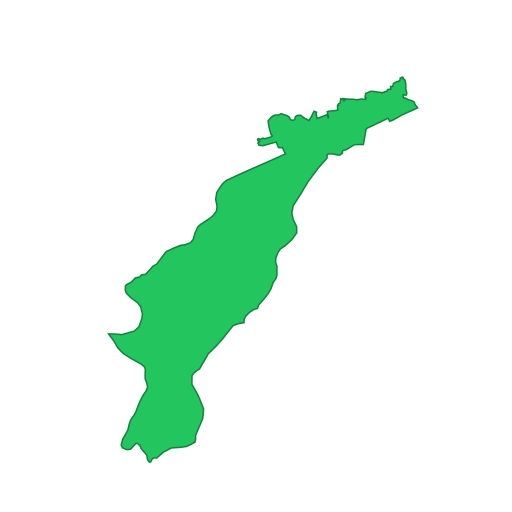 the district of Kapuas, Kalimantan Tengah, Indonesia, rotated 224°
{"feature_id": "22746128B40136746216216", "entity_name": "Kapuas", "entity_type": "district", "adm_level": 2, "iso_a3": "IDN", "parent_name": "Indonesia", "parent_adm1": "Kalimantan Tengah", "projection": "orthographic", "projection_center": [114.299, -1.918], "detail": "fine", "context": "isolated", "style": "filled", "palette": "green", "viewbox_px": 512, "rotation_deg": 224, "n_neighbors": 0, "source": "geoboundaries", "source_scale": "gbopen_adm2", "svg_char_len": 5878}
<svg xmlns="http://www.w3.org/2000/svg" viewBox="0 0 512 512"><g transform="rotate(224 256 256)"><path d="M341.2,361.6L336.3,357.8L332.3,355.4L329.5,353.8L327.1,353.8L327.3,353.7L327.6,353.2L327.8,352.9L328.0,352.0L328.4,351.1L329.2,350.0L329.4,349.5L330.0,348.5L330.3,348.2L330.5,347.7L330.5,347.4L330.8,346.9L331.6,346.3L332.6,345.8L332.8,345.6L333.1,345.2L333.3,344.2L333.6,343.4L333.8,343.0L334.1,342.8L335.2,342.6L335.7,342.2L336.0,341.6L336.0,341.3L335.9,341.1L335.6,340.8L334.6,340.3L334.2,340.4L333.8,340.9L333.6,341.1L333.3,341.1L333.1,341.0L333.1,340.8L333.0,339.6L332.9,339.3L332.9,339.0L333.1,338.6L330.8,337.7L327.8,340.0L320.6,352.0L316.9,350.4L315.1,349.6L312.7,351.8L312.3,352.4L309.2,351.1L305.6,349.9L306.9,347.1L307.7,344.9L324.7,303.1L329.8,289.9L330.2,285.5L330.0,282.9L329.3,279.0L328.3,274.2L326.7,272.1L324.4,268.8L318.4,264.6L315.6,260.7L315.5,259.4L315.0,255.6L315.2,252.2L317.3,242.5L317.9,240.2L318.1,236.6L315.7,230.0L315.4,229.3L312.7,224.3L312.4,220.2L314.7,215.0L317.6,211.4L320.5,205.0L323.7,196.7L322.5,187.2L322.3,184.8L321.8,182.4L322.0,180.3L323.0,177.3L322.7,166.1L325.2,163.1L325.1,160.1L327.6,156.5L327.6,150.2L329.2,145.9L329.1,143.5L327.5,142.1L326.6,140.8L324.3,139.5L321.4,139.1L316.6,139.1L308.5,140.1L303.6,139.3L297.4,135.4L294.6,131.6L291.1,124.0L291.4,117.1L292.4,115.8L297.8,106.3L303.5,101.7L307.9,97.5L298.8,96.0L291.5,93.9L286.3,93.7L283.5,93.8L280.4,94.3L277.1,95.0L274.1,95.6L271.1,96.5L268.2,97.2L263.3,98.5L259.7,98.8L257.0,97.7L255.4,95.9L252.8,93.0L250.3,90.6L246.2,88.7L242.9,86.3L241.3,82.6L241.0,80.7L240.7,78.2L239.7,74.7L238.9,72.2L237.8,69.0L234.8,61.8L234.1,60.4L233.7,58.7L233.2,56.9L232.4,51.8L231.9,50.1L230.6,47.3L227.2,41.6L224.6,31.5L221.5,26.2L218.8,25.3L214.3,27.0L212.0,29.9L212.2,37.8L210.9,38.9L208.9,38.8L208.2,39.3L207.1,38.8L207.0,38.5L206.2,38.5L205.6,37.8L196.9,36.9L195.3,36.3L192.4,34.0L189.3,33.7L188.7,34.7L189.6,37.5L189.3,39.9L187.1,41.6L186.3,50.9L184.2,57.0L183.5,59.2L178.2,65.0L175.6,68.2L173.6,70.8L173.3,71.7L172.0,75.2L171.9,75.4L170.6,79.6L172.1,82.2L174.8,84.9L181.4,102.0L183.4,104.7L187.4,109.5L189.9,110.7L195.8,113.4L200.5,115.4L202.6,116.1L213.0,119.2L218.8,125.4L219.4,128.3L219.3,129.2L219.0,132.0L218.2,135.5L218.3,135.5L218.5,137.0L219.5,140.8L219.8,142.2L219.9,142.6L220.0,143.2L220.5,145.1L221.1,147.5L221.2,147.8L221.9,150.9L222.3,152.1L222.4,153.1L222.3,156.5L222.2,156.7L222.3,157.5L222.1,161.0L222.1,164.6L222.3,167.0L222.4,172.9L223.2,180.2L224.1,189.8L221.9,194.7L218.3,199.7L220.4,201.9L221.6,205.4L221.5,210.7L221.4,211.6L220.4,215.9L219.2,218.2L218.6,219.1L218.6,219.3L218.6,219.6L220.1,222.6L220.2,225.0L220.4,230.9L221.2,237.9L222.6,243.2L225.2,248.7L226.0,253.8L227.7,256.9L230.2,259.4L233.7,263.1L237.6,265.1L240.3,268.3L242.8,274.3L243.3,278.0L243.2,278.8L242.2,283.4L241.6,291.7L241.6,292.3L241.8,293.9L242.8,301.0L244.7,302.8L247.0,305.3L252.8,307.4L255.1,308.4L260.5,312.2L261.6,314.1L264.1,317.8L267.1,332.9L268.5,338.4L269.2,341.8L270.2,345.6L270.3,346.5L272.4,363.5L272.5,367.1L272.6,368.2L272.6,368.8L272.7,370.5L272.7,372.0L272.8,375.3L272.9,375.7L273.1,376.0L273.7,376.6L275.0,378.1L274.9,379.8L272.2,382.2L270.9,383.2L267.8,385.1L265.8,386.8L265.6,387.6L265.5,388.7L265.2,389.9L265.2,390.1L266.3,390.9L266.6,391.7L266.4,392.9L265.5,394.2L265.3,394.5L265.0,395.0L264.9,395.2L262.5,404.5L256.2,410.8L265.2,424.2L261.6,433.7L259.2,440.0L257.5,444.8L256.7,446.8L253.3,445.8L251.5,450.0L249.1,458.6L242.6,474.8L243.0,475.0L244.3,475.2L245.8,475.3L247.7,475.8L248.6,476.4L249.0,476.6L250.0,476.5L250.5,476.4L250.8,476.3L251.4,476.1L253.8,474.9L255.2,474.3L256.3,473.9L256.8,473.7L257.1,473.7L258.5,473.1L258.9,473.1L259.2,472.8L259.5,472.4L260.1,472.5L260.7,472.8L261.5,473.4L262.1,474.0L261.9,474.2L261.8,474.4L261.7,474.7L261.1,475.0L260.7,475.1L259.8,475.8L259.7,476.3L260.0,477.0L260.3,477.5L260.9,478.1L263.6,479.9L264.2,480.2L264.6,480.4L265.0,480.8L265.3,481.3L266.0,482.2L267.0,483.0L267.2,483.3L267.3,483.3L267.5,483.5L267.9,483.8L268.0,483.9L268.2,484.0L268.4,484.2L268.6,484.5L269.0,484.5L269.4,484.9L270.2,485.4L270.5,485.5L270.7,485.8L271.3,486.0L271.8,486.1L272.2,485.9L272.5,486.0L272.8,486.0L273.1,486.1L273.6,486.0L273.9,485.9L274.0,486.0L273.8,486.2L273.9,486.3L274.0,486.4L274.3,486.6L274.5,486.6L274.8,486.5L275.0,486.4L274.9,486.2L275.2,486.1L275.8,483.8L275.5,483.7L275.3,483.6L274.8,482.9L274.6,482.1L274.8,481.5L274.9,481.3L274.7,480.7L274.9,480.1L275.2,479.9L275.5,479.8L275.8,479.6L275.9,479.2L277.0,475.6L275.4,472.8L277.0,471.4L275.0,469.8L277.0,467.1L276.3,465.8L276.6,465.1L278.9,460.7L279.1,460.9L284.2,457.1L284.4,457.1L287.3,454.8L288.0,454.0L290.0,449.1L288.9,447.4L287.6,445.7L286.6,446.3L286.1,444.7L287.5,443.5L289.2,442.3L290.5,440.4L291.3,439.2L293.7,437.1L294.6,436.6L294.8,436.4L298.1,433.3L299.2,432.5L301.4,430.7L300.3,429.4L301.1,428.6L302.5,429.9L304.4,427.9L303.5,427.0L301.7,424.4L302.4,422.9L301.5,422.0L302.2,421.2L300.4,419.3L298.5,417.7L302.0,413.3L304.4,410.5L304.2,410.3L305.0,409.3L301.2,406.8L300.0,406.0L300.2,405.6L300.9,406.0L303.2,406.9L304.4,404.0L306.7,399.4L307.6,397.4L308.9,398.3L311.3,400.0L312.0,400.8L312.3,401.5L314.8,400.5L314.6,399.7L314.5,399.1L313.8,397.3L313.6,396.4L313.5,396.0L313.1,395.5L313.0,395.1L312.8,393.4L312.3,392.0L312.3,391.3L312.1,390.6L312.0,390.2L315.1,389.5L316.5,388.9L319.2,388.5L321.0,388.4L321.8,388.1L322.1,387.9L323.4,386.4L323.9,385.8L324.3,385.1L324.4,384.0L324.4,383.6L324.1,383.0L323.3,381.9L323.1,381.2L323.1,380.8L323.3,380.1L323.6,379.5L324.1,379.0L324.6,378.5L325.3,378.3L326.4,378.2L327.1,378.4L328.1,378.8L328.5,378.9L329.2,379.0L330.1,378.9L330.8,378.7L332.7,377.9L333.8,377.3L334.9,376.6L336.3,376.2L336.8,375.9L337.0,374.8L337.3,374.2L337.7,373.2L338.1,372.5L338.4,372.2L339.7,371.1L340.1,370.8L340.4,370.3L340.8,369.4L341.0,368.7L341.4,366.9L341.4,365.9L341.2,362.5L341.2,361.6Z" fill="#22c55e" stroke="#15803d" stroke-width="1.5"/></g></svg>